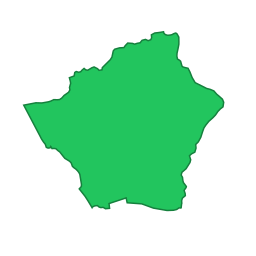 the district of Pendang, Kedah, Malaysia, rotated 350°
{"feature_id": "92858781B37345713247698", "entity_name": "Pendang", "entity_type": "district", "adm_level": 2, "iso_a3": "MYS", "parent_name": "Malaysia", "parent_adm1": "Kedah", "projection": "albers", "projection_center": [100.552, 5.979], "detail": "fine", "context": "isolated", "style": "filled", "palette": "green", "viewbox_px": 256, "rotation_deg": 350, "n_neighbors": 0, "source": "geoboundaries", "source_scale": "gbopen_adm2", "svg_char_len": 2154}
<svg xmlns="http://www.w3.org/2000/svg" viewBox="0 0 256 256"><g transform="rotate(350 128 128)"><path d="M166.3,216.4L167.5,212.4L167.9,211.5L168.2,208.9L169.4,206.5L172.7,204.6L172.9,202.3L172.4,199.2L174.8,196.8L175.3,195.7L173.1,191.4L172.9,189.3L173.1,186.0L172.2,183.6L173.4,181.0L178.1,178.2L183.0,172.8L184.2,170.2L183.7,166.0L186.1,164.5L189.6,163.4L191.5,159.6L191.8,156.0L194.8,153.9L198.0,149.9L200.9,144.4L202.8,141.1L205.3,138.5L208.7,135.5L213.4,132.6L216.4,130.4L217.7,129.1L219.3,127.4L222.3,125.2L225.2,123.7L226.7,119.3L226.0,116.0L223.4,112.7L221.2,110.1L219.0,106.4L215.6,104.2L212.3,102.7L202.0,95.0L199.9,89.4L198.7,83.5L197.5,79.6L194.9,78.5L192.8,77.5L191.9,76.4L191.7,74.4L191.4,71.4L190.4,70.1L188.7,68.7L188.6,65.7L189.3,62.7L190.2,60.6L191.0,58.6L191.9,56.3L192.6,54.4L193.1,51.8L193.8,47.3L192.6,43.8L191.6,42.8L190.9,42.8L189.3,43.1L187.5,43.7L185.9,43.8L184.2,43.7L182.7,43.4L181.0,42.5L179.8,41.0L179.7,39.4L176.8,39.4L174.1,39.3L170.8,39.1L167.2,40.3L167.0,43.1L165.8,45.0L163.0,45.5L160.6,43.8L157.1,44.1L154.7,46.2L151.7,46.2L149.1,46.6L147.2,45.5L142.5,44.3L139.6,46.4L138.0,48.1L133.5,47.6L128.6,48.1L126.9,49.5L124.5,55.4L122.4,57.7L117.2,61.3L113.2,64.1L112.5,66.2L109.5,66.2L108.3,64.3L105.2,62.0L102.9,62.4L98.4,64.1L96.5,63.4L95.1,61.7L92.7,63.1L91.3,64.3L89.2,64.6L86.8,63.4L85.6,63.9L85.2,64.1L84.0,67.4L79.0,68.3L79.3,71.6L79.3,74.0L77.4,78.0L77.4,80.4L75.7,82.5L73.2,83.7L70.8,84.8L68.0,87.0L65.6,88.1L63.2,87.9L59.9,87.2L56.6,88.1L54.3,88.4L47.5,88.4L41.6,87.2L29.3,87.4L40.1,121.1L40.8,123.5L42.3,127.0L43.7,129.6L44.2,132.9L45.8,133.9L47.8,134.0L48.7,132.8L49.6,135.1L51.7,135.3L53.4,135.9L55.0,138.0L56.7,139.8L59.4,144.9L60.6,147.0L62.7,148.8L64.7,150.6L65.9,152.3L66.2,153.7L66.6,156.1L67.8,157.7L69.5,159.4L70.9,161.4L71.9,163.3L72.5,165.3L72.4,175.3L71.9,177.5L69.4,179.5L73.9,187.9L76.0,192.9L78.8,200.2L79.3,199.6L81.6,198.9L84.4,199.1L85.8,200.8L87.5,201.7L89.6,201.8L90.8,202.7L91.8,203.6L95.9,203.9L96.2,199.1L114.0,196.5L114.2,201.5L128.4,205.1L139.1,211.3L152.1,216.0L158.5,216.9L161.8,216.7L164.4,215.5L166.3,216.0L166.3,216.4Z" fill="#22c55e" stroke="#15803d" stroke-width="1.5"/></g></svg>